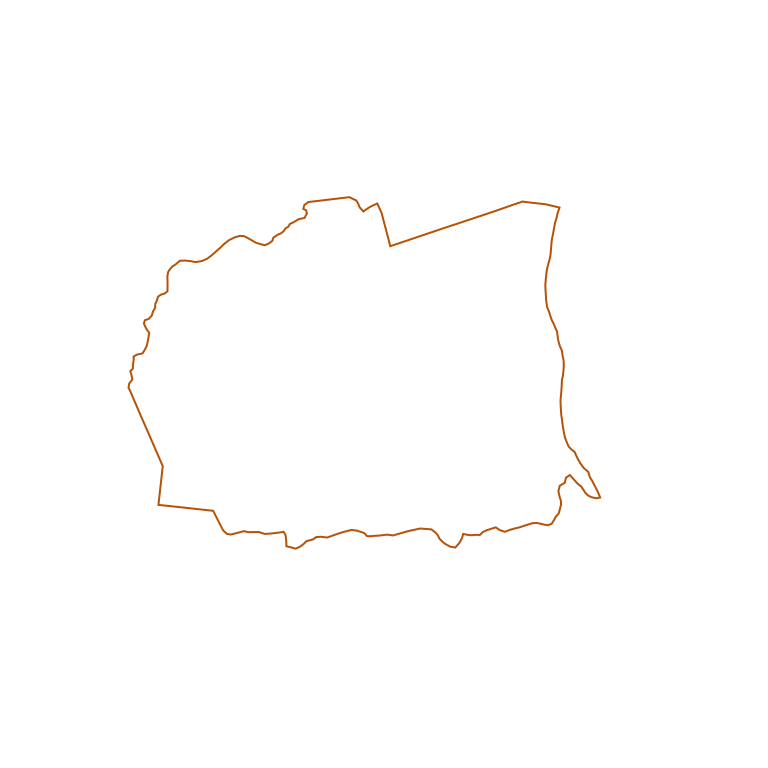 outline of Caucaia, Ceará, Brazil, rotated 48°
{"feature_id": "56859067B320436842071", "entity_name": "Caucaia", "entity_type": "district", "adm_level": 2, "iso_a3": "BRA", "parent_name": "Brazil", "parent_adm1": "Ceará", "projection": "albers", "projection_center": [-38.789, -3.772], "detail": "fine", "context": "isolated", "style": "outline", "palette": "amber", "viewbox_px": 768, "rotation_deg": 48, "n_neighbors": 0, "source": "geoboundaries", "source_scale": "gbopen_adm2", "svg_char_len": 3213}
<svg xmlns="http://www.w3.org/2000/svg" viewBox="0 0 768 768"><g transform="rotate(48 384 384)"><path d="M613.0,299.3L609.5,298.0L605.3,296.7L601.3,295.7L595.3,294.1L590.8,293.3L586.1,291.0L579.8,291.8L574.0,291.1L569.5,290.1L566.3,289.2L562.0,287.8L557.8,288.5L554.0,288.6L549.4,287.1L545.0,285.4L540.7,282.9L536.9,280.6L532.3,277.5L529.4,275.4L526.2,273.4L522.7,270.7L517.2,266.3L514.2,263.7L509.5,258.6L504.8,253.7L499.8,248.8L497.6,245.5L492.5,239.9L489.2,236.8L486.4,234.6L481.9,232.0L478.3,229.5L474.2,228.2L470.7,226.7L466.5,224.3L460.8,220.3L456.6,219.0L453.3,217.8L448.9,216.6L445.1,215.0L441.4,213.3L435.8,211.2L429.9,207.2L426.2,204.2L421.5,200.5L418.5,198.0L414.5,193.8L409.4,188.1L406.6,184.4L403.4,179.5L401.4,176.4L398.9,173.2L395.1,169.2L391.3,165.2L388.5,162.0L386.2,158.8L383.1,154.8L378.7,149.1L375.9,144.4L373.1,140.5L370.3,135.5L358.1,144.0L347.3,153.7L341.2,158.9L337.3,167.8L330.9,183.2L317.6,213.8L315.7,218.2L309.2,232.9L285.8,287.1L255.4,271.4L245.4,268.2L243.8,273.1L242.9,276.6L242.4,280.1L242.0,283.9L236.3,283.9L233.0,282.6L229.1,281.8L225.3,283.4L222.0,284.7L198.2,318.4L197.7,323.5L199.9,326.8L202.9,325.6L205.7,327.2L207.4,332.0L204.4,337.1L203.3,342.9L202.1,346.9L203.1,350.0L202.4,353.2L203.3,356.4L203.1,359.7L201.9,363.2L201.2,368.4L202.9,371.2L202.5,375.6L201.2,379.6L197.9,381.9L193.2,384.7L183.8,387.7L180.3,389.2L177.5,392.0L175.1,396.9L173.4,402.9L173.1,406.9L173.0,410.2L173.2,413.8L173.1,419.5L173.1,422.8L173.0,426.5L172.6,431.4L170.7,437.2L167.2,442.6L163.0,445.7L159.0,449.4L155.8,453.3L155.7,459.2L155.0,462.7L155.5,466.4L156.4,469.6L159.2,473.1L163.9,477.1L166.8,479.7L170.2,482.9L170.0,486.5L168.3,490.0L167.9,493.5L169.8,496.5L171.5,500.5L174.4,503.3L175.6,507.4L177.7,510.6L178.2,515.2L176.6,519.1L178.4,522.0L183.5,523.6L189.0,524.3L191.5,527.5L194.1,530.9L196.9,534.8L198.5,538.8L199.7,543.0L196.9,547.8L196.0,551.7L198.6,553.8L201.1,557.0L204.6,560.5L204.6,563.8L208.8,565.9L212.2,567.9L213.2,573.1L215.9,576.4L219.4,577.3L245.5,586.2L258.8,590.6L288.1,600.4L297.0,603.4L322.9,632.5L343.1,614.4L363.9,595.8L375.4,598.9L382.1,600.7L385.3,601.5L390.4,601.0L393.4,598.5L399.7,586.5L403.4,583.9L410.1,576.2L415.7,572.9L419.9,567.5L424.3,561.2L426.7,557.5L430.7,558.4L435.3,561.7L439.3,565.1L443.1,562.5L447.2,559.9L448.7,555.4L449.1,550.7L448.9,546.8L452.0,540.7L452.4,536.8L455.2,533.2L460.1,528.9L464.1,519.2L466.7,513.5L468.8,509.4L470.7,505.8L474.4,502.6L478.5,500.1L481.8,498.4L485.7,498.4L488.0,496.0L489.9,493.4L493.2,489.3L498.0,482.5L502.6,478.6L509.7,464.1L515.6,453.8L523.7,446.1L528.8,445.2L532.3,445.2L536.2,446.3L540.0,446.1L543.5,445.6L549.1,443.7L553.2,440.5L552.6,434.3L550.7,429.1L548.4,425.5L551.8,423.0L555.0,420.2L557.1,417.2L560.3,413.8L560.2,409.3L561.4,405.5L565.3,396.9L569.8,395.8L574.7,393.1L576.4,388.5L578.8,383.6L580.9,379.8L582.6,376.0L584.5,371.6L586.8,366.7L589.6,363.4L592.6,361.1L595.5,359.2L598.5,356.9L600.1,352.9L599.0,349.2L597.6,345.2L597.1,340.8L594.4,336.6L592.2,333.3L589.4,330.8L585.2,328.9L580.3,326.1L577.2,321.4L578.4,315.8L575.4,311.5L576.0,306.8L582.4,306.8L588.0,306.8L592.2,306.0L596.0,306.6L599.7,307.2L603.5,306.9L607.0,305.5L610.9,302.8L613.0,299.3Z" fill="none" stroke="#b45309" stroke-width="2"/></g></svg>